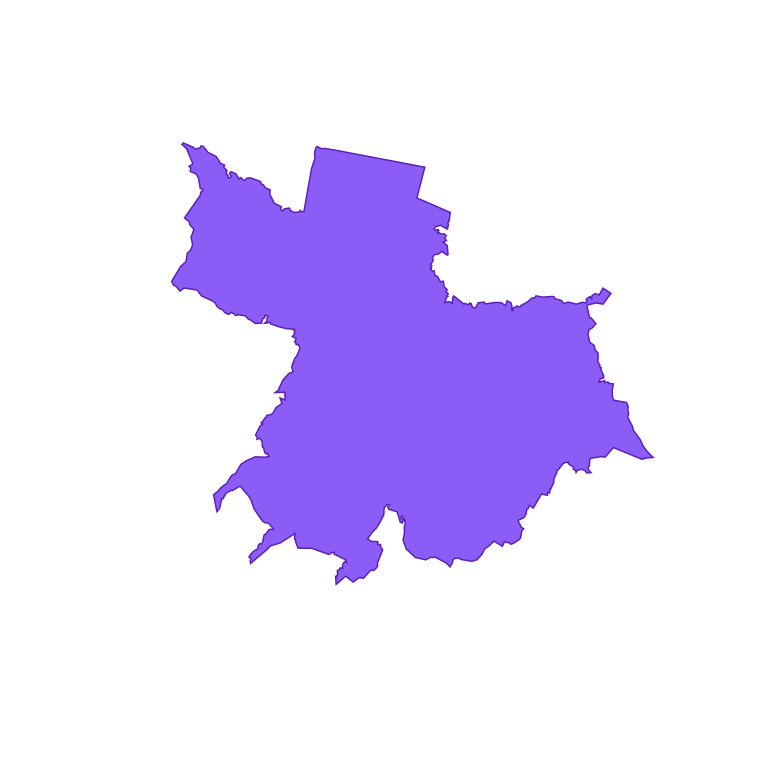 Beica De Jos, Mures, Romania (Mercator projection), rotated 22°
{"feature_id": "2599482B29333301667033", "entity_name": "Beica De Jos", "entity_type": "district", "adm_level": 2, "iso_a3": "ROU", "parent_name": "Romania", "parent_adm1": "Mures", "projection": "mercator", "projection_center": [24.821, 46.717], "detail": "fine", "context": "isolated", "style": "filled", "palette": "violet", "viewbox_px": 768, "rotation_deg": 22, "n_neighbors": 0, "source": "geoboundaries", "source_scale": "gbopen_adm2", "svg_char_len": 6170}
<svg xmlns="http://www.w3.org/2000/svg" viewBox="0 0 768 768"><g transform="rotate(22 384 384)"><path d="M411.3,580.7L414.7,587.7L420.4,576.5L429.7,579.2L433.2,573.1L437.8,571.7L441.2,562.2L444.7,560.2L446.1,556.7L446.2,554.7L445.0,552.7L444.9,538.2L441.4,535.9L441.0,534.1L438.3,535.1L437.3,532.5L431.1,534.7L426.8,533.8L428.5,526.3L430.8,520.6L432.0,514.6L432.8,505.3L430.5,498.8L432.1,494.5L434.1,493.9L433.5,496.4L435.2,498.4L444.1,497.6L450.8,506.0L453.0,506.1L453.1,505.4L452.7,503.0L450.2,502.0L449.7,500.0L450.7,499.7L453.3,501.7L456.0,505.2L456.3,508.8L458.7,514.2L460.1,521.5L466.5,528.7L478.0,533.1L488.8,531.3L491.6,527.6L496.8,525.4L508.8,526.6L513.8,528.8L514.4,523.5L513.8,521.9L514.7,519.4L518.7,517.2L520.8,517.9L531.8,515.5L535.9,512.3L538.6,505.5L539.1,499.3L542.1,494.6L544.9,488.5L554.6,490.1L554.7,485.3L559.7,484.4L561.7,485.0L563.6,483.4L567.3,478.1L568.3,475.7L566.8,468.6L567.7,465.9L564.9,465.3L559.8,460.8L559.9,459.5L563.6,455.8L564.1,454.3L564.4,451.4L563.3,446.6L564.3,445.7L564.4,442.0L568.7,443.1L569.0,442.5L571.2,427.0L577.2,426.0L576.4,423.2L578.4,422.9L577.2,419.4L577.9,419.2L578.3,412.0L577.1,408.2L577.4,401.1L576.6,399.4L577.7,398.3L579.8,390.9L581.4,388.9L584.2,387.3L584.2,388.1L586.0,389.3L590.9,390.1L591.5,392.2L593.8,392.2L595.2,394.1L595.6,391.4L599.8,388.9L602.7,389.1L605.4,390.5L609.2,388.6L605.3,386.6L604.7,385.2L605.0,382.8L603.1,376.9L603.7,375.3L612.4,370.1L616.5,368.9L620.5,357.0L651.3,357.2L655.5,354.0L661.1,351.3L653.0,347.9L647.3,344.3L642.6,339.7L632.9,333.8L629.8,329.8L622.4,323.5L621.9,319.8L619.8,316.8L618.7,313.2L615.8,310.3L603.1,313.0L600.6,310.2L598.0,304.6L596.6,298.0L592.1,299.3L591.9,298.5L590.7,298.4L588.0,300.0L587.3,298.2L582.6,301.9L582.6,298.1L585.3,296.1L584.7,294.1L579.8,289.5L579.4,287.5L578.2,287.6L576.7,285.3L573.5,283.0L573.5,281.5L570.8,275.1L567.0,273.2L564.2,269.4L559.2,268.3L554.6,261.6L553.7,256.9L556.1,253.9L557.9,248.7L551.5,245.2L549.7,245.4L542.9,235.6L543.4,234.2L550.5,229.3L557.2,227.9L560.4,214.9L551.0,213.1L550.2,220.7L546.0,221.1L543.8,223.9L544.5,226.9L542.2,225.8L539.9,229.1L539.9,230.1L541.2,231.1L540.6,233.3L537.3,233.9L532.6,237.8L524.0,239.1L520.8,242.0L517.0,240.1L510.2,240.9L509.4,239.6L507.3,239.7L498.7,244.0L491.9,245.3L491.3,247.9L489.1,248.7L485.7,255.1L481.6,259.7L481.2,261.5L480.3,262.2L478.4,261.6L475.6,265.0L475.8,267.8L474.6,267.6L473.8,264.5L471.3,261.1L466.9,260.7L467.3,265.2L466.8,265.8L462.4,264.6L456.7,266.7L448.3,271.6L447.4,271.7L446.3,270.5L440.9,273.3L440.4,279.3L437.0,279.6L434.8,276.7L434.1,277.4L433.1,276.9L432.5,278.9L428.7,279.0L428.3,280.0L415.7,276.2L415.3,278.5L416.2,279.9L416.3,282.4L417.2,283.4L413.2,283.4L410.0,285.7L409.5,280.1L410.5,278.9L409.4,277.7L409.7,276.2L407.1,275.5L407.3,273.0L403.3,271.2L400.5,266.4L398.0,268.1L393.3,264.2L390.6,264.5L388.1,260.3L386.7,261.2L384.3,260.3L384.7,259.6L383.4,258.6L384.2,258.0L384.0,256.3L382.2,255.9L383.3,252.4L383.0,250.4L381.6,248.9L382.4,245.1L385.8,243.1L387.8,239.4L394.3,240.9L394.9,240.0L390.7,231.9L385.8,230.6L388.1,227.6L385.5,225.7L386.2,223.1L383.5,222.2L380.9,223.6L378.0,223.0L377.9,223.9L377.2,223.4L376.7,224.5L377.3,221.0L376.0,220.5L374.5,222.2L372.2,221.5L373.2,218.5L377.0,215.7L384.3,216.7L383.4,215.6L384.7,215.1L384.0,213.3L384.3,212.6L382.7,210.8L383.4,208.7L381.2,200.1L344.8,199.2L340.6,167.7L250.0,185.7L239.7,188.1L238.6,189.3L233.2,188.8L232.4,189.7L232.8,195.2L235.5,200.8L236.1,211.4L245.1,253.9L243.4,255.1L241.2,254.4L241.1,256.3L236.3,258.6L232.4,258.3L230.4,256.3L225.9,258.9L225.5,261.2L224.8,261.7L222.6,260.3L222.3,258.1L214.7,257.5L206.9,250.8L205.8,246.8L200.2,246.4L197.5,244.4L195.4,244.5L193.6,242.5L182.9,242.9L179.8,244.4L178.8,247.2L176.8,247.5L174.1,246.1L173.1,248.2L167.7,244.6L163.2,244.4L162.1,245.0L161.8,246.5L164.7,248.8L163.4,251.1L162.2,251.3L161.7,250.9L161.7,249.4L158.6,247.6L158.5,244.9L154.2,243.2L154.2,240.8L149.8,240.6L143.1,235.9L134.1,235.2L127.7,231.5L125.3,231.6L125.1,233.9L120.8,236.9L118.4,235.9L107.6,235.7L106.9,237.6L112.9,239.8L124.4,251.6L121.7,255.1L124.1,256.4L124.5,259.4L131.7,259.8L135.4,263.4L140.4,271.6L143.0,271.4L143.5,272.7L142.3,274.6L142.9,278.1L136.8,304.8L142.4,306.4L144.6,309.3L149.9,311.9L150.1,320.0L154.5,326.8L154.5,332.6L152.6,336.3L154.6,344.7L151.4,351.0L148.7,368.4L151.7,371.2L154.6,371.3L160.1,374.3L162.6,369.9L175.6,366.9L181.8,370.7L194.4,371.3L197.7,372.4L199.7,374.4L203.7,375.8L206.7,375.6L209.4,377.4L213.9,377.7L215.7,374.9L218.4,375.0L220.6,376.1L223.5,374.2L230.3,372.7L234.2,374.9L236.1,374.5L242.0,376.1L247.7,373.4L247.1,369.3L248.6,366.9L247.8,365.0L249.6,364.2L251.3,365.1L250.8,366.4L251.9,369.6L250.7,372.3L255.6,369.4L256.3,370.7L264.3,370.4L273.3,369.1L280.0,366.9L279.9,367.8L281.6,368.2L281.6,370.4L282.2,371.1L281.2,374.4L285.4,374.6L285.4,378.5L286.4,378.4L287.8,380.4L289.7,379.5L292.4,381.9L292.8,386.0L292.6,390.5L291.6,394.1L291.8,401.0L292.3,403.4L294.1,405.2L294.9,407.3L292.0,409.6L288.9,417.7L288.2,427.7L288.8,429.0L286.3,432.7L295.1,428.8L298.3,435.8L292.9,435.9L296.6,440.2L292.7,446.4L292.0,452.6L290.1,455.3L287.2,456.8L287.3,458.4L286.2,460.3L285.6,464.2L284.6,465.5L285.1,466.5L286.5,466.5L284.8,469.4L284.0,479.4L286.4,480.9L286.9,482.8L288.9,481.1L292.3,482.5L294.7,487.7L296.5,488.7L299.1,492.1L300.8,493.0L301.5,492.0L304.6,494.2L301.4,496.3L291.8,499.8L284.8,507.1L281.4,512.2L279.9,522.5L276.8,526.3L275.4,535.1L271.7,540.9L270.2,545.5L267.5,550.5L276.9,565.0L278.2,560.8L276.5,551.3L277.7,550.7L278.6,544.0L282.6,539.6L283.4,539.6L288.0,533.5L289.5,532.9L300.6,538.7L304.4,541.7L310.5,548.6L322.3,556.4L325.4,557.3L328.9,556.2L336.0,559.8L335.9,560.7L333.3,561.0L331.8,562.5L331.0,566.3L329.4,569.1L330.8,576.7L329.9,578.7L328.9,578.3L328.1,579.8L327.9,581.5L328.9,583.5L325.3,588.8L324.2,592.2L323.7,595.1L326.2,595.7L326.2,598.2L327.5,600.3L337.6,581.2L339.2,576.8L347.3,570.2L357.5,556.0L359.0,560.8L365.7,568.4L378.8,563.4L396.6,562.7L399.4,559.4L400.9,558.7L401.6,560.5L414.1,561.3L416.0,563.4L414.4,563.1L413.4,565.2L413.6,568.3L414.6,570.4L412.6,570.8L412.1,571.5L412.5,572.5L410.9,573.9L410.8,575.1L412.6,578.1L412.0,579.0L412.2,580.9L411.3,580.7Z" fill="#8b5cf6" stroke="#5b21b6" stroke-width="1.5"/></g></svg>